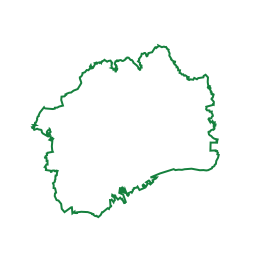 outline of Kota Semarang, Jawa Tengah, Indonesia, rotated 159°
{"feature_id": "22746128B5783483209745", "entity_name": "Kota Semarang", "entity_type": "district", "adm_level": 2, "iso_a3": "IDN", "parent_name": "Indonesia", "parent_adm1": "Jawa Tengah", "projection": "mercator", "projection_center": [110.384, -7.023], "detail": "fine", "context": "isolated", "style": "outline", "palette": "green", "viewbox_px": 256, "rotation_deg": 159, "n_neighbors": 0, "source": "geoboundaries", "source_scale": "gbopen_adm2", "svg_char_len": 5812}
<svg xmlns="http://www.w3.org/2000/svg" viewBox="0 0 256 256"><g transform="rotate(159 128 128)"><path d="M187.7,55.5L184.8,56.5L182.3,58.7L181.7,58.4L175.8,60.4L174.8,59.2L173.7,60.4L171.8,60.9L171.6,61.4L172.1,62.1L170.6,67.1L169.9,66.7L168.9,67.0L168.1,63.9L167.5,64.7L166.2,65.2L165.6,67.9L164.9,67.7L167.0,69.6L167.2,70.2L166.6,71.3L164.7,68.9L164.2,69.5L164.1,69.3L164.3,68.4L163.0,64.8L160.3,65.8L159.6,63.7L158.9,63.9L158.5,59.3L157.8,59.1L157.1,59.7L156.6,59.7L156.4,67.6L159.4,70.6L158.7,71.7L155.3,69.8L153.9,68.4L153.5,68.4L153.4,69.6L154.6,71.3L155.7,71.9L156.0,71.5L155.8,72.1L157.9,73.2L157.0,74.7L155.3,73.7L155.0,74.3L154.7,74.1L155.0,73.4L154.6,72.2L154.0,72.0L153.8,72.8L153.2,71.1L152.8,71.7L152.8,65.6L152.3,64.7L151.1,65.4L151.0,67.0L148.3,67.2L147.9,67.1L147.6,66.3L145.9,67.7L145.8,68.4L144.0,69.1L144.1,69.7L143.7,69.8L141.3,69.2L140.1,69.9L139.5,66.0L134.0,66.2L135.0,68.5L134.8,69.3L133.8,69.7L132.1,66.9L129.3,69.1L130.5,70.8L127.5,71.5L127.1,71.3L126.5,69.1L127.0,68.5L127.9,68.4L127.3,67.3L123.8,68.7L123.8,70.4L119.8,70.9L118.7,71.6L124.7,73.8L114.3,74.1L100.1,73.2L98.8,71.7L95.7,71.0L92.6,69.6L89.9,69.2L83.2,67.2L76.0,62.8L72.7,61.7L70.1,60.3L68.2,59.9L64.1,60.3L63.3,61.3L61.9,61.3L60.7,61.8L60.2,62.6L58.8,63.0L57.4,65.6L54.7,67.9L52.9,70.4L54.0,71.4L53.1,72.5L53.4,72.7L53.0,74.5L54.4,75.0L54.2,75.7L59.2,77.3L56.1,84.8L50.1,82.4L49.4,83.9L50.0,84.2L49.7,85.0L48.7,84.8L48.4,85.2L51.2,87.0L52.5,88.8L53.1,90.6L54.2,91.8L54.7,93.0L54.3,95.4L53.4,95.6L52.8,95.2L51.5,96.1L48.8,96.2L48.7,95.8L47.8,96.1L47.2,97.0L47.6,98.3L47.3,99.1L45.7,98.8L45.1,99.8L46.5,100.2L46.7,101.3L45.6,101.0L45.0,102.2L46.4,102.5L46.6,104.0L47.5,103.2L48.7,104.9L49.2,104.2L49.7,107.4L48.7,108.0L48.0,107.3L46.7,107.3L45.5,108.6L44.4,108.9L44.2,110.6L44.6,112.0L43.9,113.3L45.9,113.9L45.7,115.2L47.9,116.2L48.3,117.7L47.4,118.7L47.3,119.8L40.6,119.1L40.3,119.6L39.7,119.0L38.8,120.9L38.5,121.8L39.7,125.1L39.2,125.7L38.0,126.0L36.5,128.0L37.4,129.1L36.5,129.2L37.7,130.7L37.1,131.5L37.2,132.1L37.7,132.2L37.4,133.0L37.8,135.0L37.1,135.2L37.3,135.7L36.9,136.1L37.4,136.5L38.7,136.4L38.9,137.4L38.5,137.8L37.1,137.3L36.6,137.7L37.7,138.7L37.8,139.4L37.1,142.4L35.2,146.6L36.5,149.9L38.7,149.5L39.5,148.3L44.6,149.4L46.2,148.8L48.2,151.0L49.8,149.7L52.2,151.0L53.7,150.9L55.0,152.3L54.9,152.9L54.3,152.3L53.6,152.7L53.1,153.8L54.6,154.5L54.7,155.4L55.7,156.7L56.8,156.7L57.2,158.3L58.4,158.5L59.1,160.2L60.1,161.0L58.8,163.2L60.5,163.9L59.9,165.4L60.0,167.2L60.9,167.3L60.6,168.6L61.0,169.9L61.7,170.6L62.0,172.4L60.7,172.4L60.3,173.1L61.6,174.0L62.9,175.8L62.7,176.4L63.2,177.0L62.9,177.7L63.5,180.7L62.4,182.8L62.6,185.8L62.0,186.6L63.3,188.2L63.1,188.8L63.4,190.0L64.3,190.2L65.3,191.1L67.4,191.3L69.9,193.9L69.9,193.5L72.9,192.6L73.1,194.3L73.3,193.5L74.0,193.4L78.3,190.1L82.0,190.6L82.4,189.9L83.5,189.6L83.8,188.5L84.7,188.2L85.0,188.8L84.8,190.9L85.2,191.9L85.9,192.2L87.2,191.8L88.6,192.4L89.9,190.4L93.1,188.5L93.1,187.5L94.7,186.6L93.4,184.6L94.2,182.9L93.0,181.5L93.3,180.8L93.9,181.0L93.7,179.5L95.1,179.6L95.7,179.2L95.7,177.3L97.0,179.8L96.7,181.2L97.4,183.3L99.6,187.1L99.4,188.1L100.1,190.2L101.2,190.6L102.2,193.4L103.5,194.1L104.3,193.6L105.2,193.7L105.4,193.2L106.6,192.7L108.5,192.4L109.4,192.7L110.4,194.0L112.2,194.4L112.9,193.9L113.3,194.1L114.5,195.8L114.1,194.8L114.4,194.3L115.7,194.7L117.4,192.7L117.1,191.3L116.7,191.1L117.0,189.5L116.6,189.4L117.4,187.7L116.8,187.3L117.3,186.3L118.4,186.1L119.5,184.5L119.2,187.4L119.4,187.2L120.0,187.9L120.7,187.7L120.6,188.8L122.0,190.0L121.4,190.0L121.0,192.4L120.1,193.6L120.1,194.5L119.5,194.7L120.2,197.2L122.2,197.6L123.7,197.4L125.6,200.1L126.5,199.6L128.3,199.6L128.9,198.9L129.5,199.1L129.9,198.3L130.3,199.0L131.1,198.9L131.2,199.5L133.2,199.7L134.1,199.1L134.7,199.7L134.4,200.4L135.9,200.5L135.7,199.6L139.2,196.6L140.1,196.6L140.4,196.8L139.9,198.2L140.4,198.8L140.3,199.9L141.4,199.1L141.0,198.3L141.7,197.9L141.6,196.9L142.5,197.1L144.2,196.1L145.8,196.9L148.2,195.5L150.8,195.6L151.4,194.3L153.1,192.9L154.8,192.6L155.2,191.4L155.3,187.5L155.7,186.5L161.0,182.4L165.4,182.4L168.4,181.5L170.2,182.0L172.8,182.0L173.6,181.2L174.3,181.8L175.2,180.6L176.0,180.3L178.8,181.1L180.3,178.1L180.7,172.2L184.5,172.7L186.7,172.4L189.0,173.1L189.4,172.3L191.3,172.6L198.2,175.9L198.9,176.6L199.0,177.4L204.6,174.1L206.7,172.1L207.0,171.1L208.2,171.0L209.6,169.3L209.7,168.5L212.0,166.0L212.9,166.2L213.7,164.8L213.0,163.8L213.8,164.1L214.4,163.4L214.2,164.4L215.3,164.7L214.9,164.0L215.0,163.0L216.1,163.2L216.5,162.6L217.3,163.0L217.3,162.3L216.5,161.9L216.2,159.9L213.1,159.9L212.0,158.7L209.9,157.5L209.5,156.8L209.9,154.9L209.5,153.5L206.2,149.4L205.2,153.4L203.6,154.5L202.0,154.5L201.6,155.2L201.4,154.7L201.8,153.8L201.6,152.1L203.2,151.5L203.2,150.3L204.7,150.6L204.2,151.5L204.6,152.0L205.0,152.0L205.6,151.1L205.1,149.0L203.2,148.1L203.7,146.7L202.9,146.3L204.0,145.8L202.7,145.6L201.8,144.7L202.5,144.3L204.7,144.3L203.3,143.0L205.7,138.1L206.8,134.1L206.7,132.7L211.9,133.7L212.2,133.2L213.0,133.3L213.4,131.5L215.0,131.2L215.4,130.3L216.0,130.3L216.0,130.0L215.5,130.1L214.8,129.3L215.8,126.4L214.9,126.2L216.2,122.7L217.2,123.2L219.6,121.5L218.9,121.1L219.3,120.4L218.9,119.7L219.7,118.2L215.5,115.8L215.7,114.7L215.1,114.5L214.4,115.3L213.3,115.2L211.9,114.6L211.8,113.9L211.2,113.6L210.2,113.9L209.1,113.2L210.2,111.9L211.4,109.5L212.4,109.6L212.4,109.1L213.1,108.9L214.3,105.9L215.0,105.5L215.4,104.3L216.3,103.6L217.6,103.6L217.9,104.1L217.8,101.3L219.0,98.6L217.7,97.8L218.3,93.4L219.6,93.1L220.8,90.7L220.5,86.3L218.9,85.2L217.6,81.1L218.8,76.3L217.4,72.2L209.5,74.3L208.8,74.1L210.5,68.2L207.8,69.1L208.1,67.8L206.8,67.1L206.1,66.9L205.9,67.6L201.6,66.5L195.7,63.9L192.5,61.3L192.5,60.6L191.2,60.1L191.4,59.3L190.3,57.7L189.0,56.9L188.7,57.1L187.7,55.5Z" fill="none" stroke="#15803d" stroke-width="2"/></g></svg>